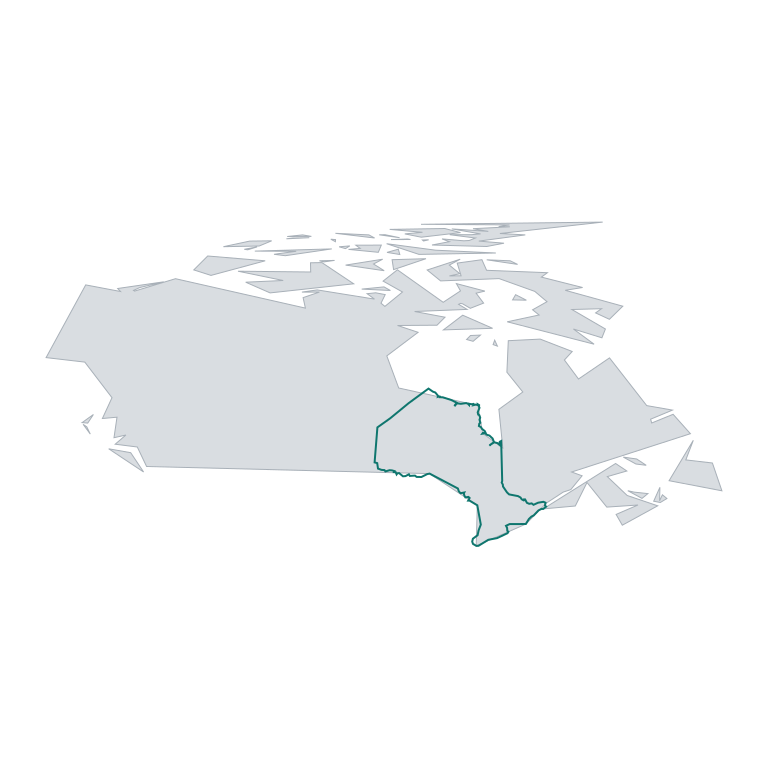 Ontario highlighted on a map of Canada
{"feature_id": "CAN-682", "entity_name": "Ontario", "entity_type": "Province", "adm_level": 1, "iso_a3": "CAN", "parent_name": "Canada", "parent_adm1": "", "projection": "equal_earth", "projection_center": [-83.246, 49.265], "detail": "medium", "context": "in_parent", "style": "outline", "palette": "teal", "viewbox_px": 768, "rotation_deg": 0, "n_neighbors": 0, "source": "natural_earth", "source_scale": "10m", "svg_char_len": 5603}
<svg xmlns="http://www.w3.org/2000/svg" viewBox="0 0 768 768"><path d="M112.0,397.7L84.8,362.1L46.1,357.6L85.7,284.9L120.5,291.5L117.7,288.5L163.8,281.8L139.9,287.5L133.5,290.4L134.6,291.1L175.5,278.7L305.4,308.1L303.1,297.6L319.4,292.1L301.9,292.1L317.2,289.9L374.5,299.1L367.1,293.7L375.7,292.8L385.2,294.6L381.0,303.2L384.9,306.4L402.5,292.0L383.1,281.1L397.4,269.8L443.2,302.3L460.5,290.9L456.4,283.6L484.9,291.1L476.1,293.2L483.6,303.1L470.3,308.3L462.6,303.8L460.5,303.4L458.6,304.3L467.1,309.4L414.6,311.5L445.0,317.2L437.0,325.2L397.5,325.5L418.1,332.3L386.8,355.9L398.7,388.0L478.0,405.5L482.7,433.4L502.8,448.1L498.9,409.3L522.8,392.0L506.9,372.2L508.3,340.7L540.2,339.1L572.2,351.5L564.4,360.0L578.5,379.0L609.5,357.9L646.7,405.6L672.4,410.1L650.6,419.2L651.7,423.0L673.1,414.3L690.4,433.7L571.6,472.0L582.1,475.8L570.8,489.6L563.2,492.1L546.2,503.2L526.0,524.0L476.2,545.8L477.3,505.2L429.4,473.6L146.6,466.5L137.3,447.0L115.2,444.2L125.9,435.0L114.0,437.7L117.0,417.2L102.4,418.5L112.0,397.7ZM449.4,275.9L461.1,275.8L457.2,263.1L481.9,259.7L486.6,270.3L547.4,272.7L541.4,277.1L582.6,287.5L565.2,290.3L622.8,306.2L609.4,319.3L595.6,312.9L601.5,308.7L571.9,309.5L605.4,329.0L601.9,337.8L573.4,329.0L594.1,344.2L507.2,321.8L539.1,315.0L532.6,309.8L547.0,301.7L534.8,291.4L499.1,278.6L440.6,280.9L427.2,270.0L460.2,259.2L449.3,265.1L459.8,273.7L449.4,275.9ZM421.0,224.3L602.7,222.1L499.9,233.5L525.3,234.9L478.8,241.1L504.0,243.2L486.7,246.5L432.0,245.0L449.4,241.7L442.0,238.9L463.8,240.8L469.2,240.5L475.4,238.0L449.7,234.7L471.3,234.7L480.6,233.9L451.8,228.9L488.3,231.4L473.0,228.7L509.8,226.8L498.7,226.5L509.5,224.9L421.0,224.3ZM238.0,271.2L310.7,272.0L310.5,262.8L321.9,262.6L353.7,283.8L270.1,292.9L245.7,282.2L283.2,280.5L238.0,271.2ZM606.8,507.1L587.0,482.5L575.3,506.0L543.2,508.9L615.6,463.5L626.8,471.0L607.3,476.6L627.2,495.5L657.7,505.8L622.3,525.2L616.1,514.4L638.0,505.0L606.8,507.1ZM207.7,256.0L265.2,260.8L211.0,275.4L193.8,269.9L207.7,256.0ZM389.7,229.4L444.7,228.5L460.5,232.6L421.3,237.2L404.8,233.9L422.5,232.3L389.7,229.4ZM386.6,243.7L435.7,250.2L495.8,253.0L419.0,254.4L386.6,243.7ZM254.8,251.1L331.8,248.9L285.3,255.7L274.0,254.3L296.2,251.3L254.8,251.1ZM693.3,440.3L685.8,459.9L712.4,463.0L721.9,490.8L669.1,480.7L693.3,440.3ZM345.6,265.1L382.7,259.2L373.5,264.0L384.2,270.7L345.6,265.1ZM443.4,329.9L462.7,315.2L492.6,328.3L443.4,329.9ZM392.1,259.7L426.0,258.7L393.6,269.6L392.1,259.7ZM271.7,240.8L259.2,246.0L223.4,246.7L249.7,241.1L271.7,240.8ZM381.3,245.1L378.3,252.3L348.5,249.4L360.2,248.4L355.8,245.2L381.3,245.1ZM335.4,233.3L368.9,234.9L374.6,238.0L335.4,233.3ZM108.7,448.8L130.7,452.7L143.6,472.0L108.7,448.8ZM486.7,259.8L510.2,260.8L517.6,264.4L486.7,259.8ZM361.7,289.1L384.0,286.9L390.4,290.5L361.7,289.1ZM398.3,249.2L399.8,254.5L387.0,252.4L398.3,249.2ZM385.1,234.7L399.6,237.7L379.2,234.8L385.1,234.7ZM515.6,294.7L526.4,300.2L512.6,299.9L515.6,294.7ZM292.7,238.0L309.3,237.7L286.4,238.8L292.7,238.0ZM334.6,260.4L324.0,261.9L319.4,260.8L334.6,260.4ZM659.9,487.3L659.6,500.8L662.4,494.8L666.9,498.5L660.3,502.5L653.7,501.2L659.9,487.3ZM302.6,234.9L311.4,236.4L287.2,236.5L302.6,234.9ZM646.2,465.3L635.9,464.0L623.3,457.1L636.7,459.0L646.2,465.3ZM480.4,335.1L473.1,341.3L466.6,339.5L470.5,335.5L480.4,335.1ZM82.1,422.6L93.4,414.5L87.7,423.1L82.1,422.6ZM391.0,239.6L407.7,239.0L410.5,239.5L391.0,239.6ZM349.8,245.9L345.5,248.6L339.1,246.8L349.8,245.9ZM627.8,490.7L634.0,492.1L647.9,493.6L642.0,498.4L627.8,490.7ZM494.7,340.2L497.4,346.1L493.1,344.6L494.7,340.2ZM257.1,246.9L247.7,249.8L244.3,249.3L257.1,246.9ZM428.7,239.8L423.5,241.0L422.4,240.0L428.7,239.8ZM335.5,239.6L335.4,241.7L330.8,239.2L335.5,239.6ZM83.1,424.3L86.8,426.9L90.3,434.1L83.1,424.3Z" fill="#d9dde1" stroke="#a8b0b8" stroke-width="1"/><path d="M421.4,477.0L416.6,476.9L415.0,475.6L409.8,475.9L408.9,474.3L405.5,476.1L403.0,476.3L399.1,473.1L397.4,473.3L396.6,474.4L395.7,472.2L394.0,472.1L394.5,471.1L392.0,470.4L389.6,470.2L385.4,471.4L384.5,470.1L381.6,469.9L378.0,468.6L377.2,463.1L374.6,462.4L377.4,427.4L390.2,418.3L408.6,403.2L428.5,388.6L432.8,391.6L435.3,392.5L438.1,395.9L437.9,396.7L438.8,396.3L439.9,396.6L439.8,397.2L442.8,397.3L451.0,399.9L456.9,402.8L454.9,405.1L454.6,406.2L456.3,403.9L457.5,403.4L460.9,403.8L466.2,403.1L468.6,404.0L469.0,404.4L468.8,404.7L469.0,404.9L469.0,404.4L468.8,404.0L467.8,403.5L471.9,404.3L473.5,403.9L474.1,404.5L473.7,405.1L476.1,404.5L478.6,405.5L478.3,404.6L479.1,405.1L479.0,406.8L479.5,407.8L477.7,412.3L478.2,414.6L479.3,415.2L480.2,417.7L479.5,419.7L480.3,422.8L479.3,423.6L478.9,426.0L481.0,427.2L481.9,428.8L484.8,431.1L485.5,432.6L482.8,433.0L482.3,433.7L485.2,433.2L486.5,434.6L489.5,435.6L492.6,438.5L494.0,442.1L489.4,445.4L489.9,445.2L489.8,445.6L490.7,444.5L494.3,442.3L497.5,443.1L501.3,446.3L502.2,481.0L501.7,482.6L502.8,484.5L503.0,486.5L507.0,492.4L509.1,494.4L518.0,496.1L520.5,497.5L521.7,499.3L523.7,500.4L524.3,500.2L524.2,499.4L525.1,499.4L526.9,502.8L529.2,503.8L531.7,503.4L533.5,504.8L538.1,502.7L543.4,501.8L545.5,502.7L545.0,505.5L546.1,506.6L543.1,509.0L541.5,508.9L538.5,510.4L533.7,515.4L531.4,516.6L528.9,519.0L525.8,524.0L509.6,524.1L506.0,525.8L507.1,527.9L507.3,530.8L508.4,531.8L507.5,533.2L497.1,538.1L488.3,539.8L478.5,545.8L476.4,545.9L473.0,543.9L472.2,541.6L472.9,538.7L477.6,535.2L478.6,530.4L480.8,524.6L477.3,505.3L469.5,500.6L468.2,500.6L469.6,498.0L468.4,496.9L465.4,497.4L464.4,495.7L463.8,493.5L464.3,492.5L460.5,493.2L458.8,491.3L457.9,488.5L429.6,473.6L427.2,474.1L421.4,477.0ZM501.3,446.1L499.5,443.7L499.8,441.7L501.2,441.0L501.3,446.1Z" fill="none" stroke="#0f766e" stroke-width="2"/></svg>